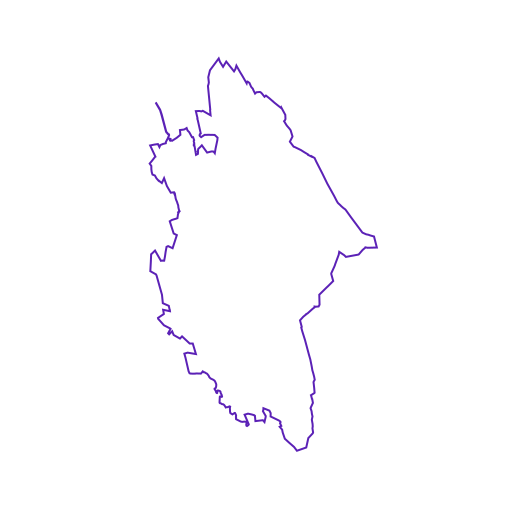 the district of Bārbeles pag., Vecumnieku, Latvia, rotated 65°
{"feature_id": "27541924B85355894177971", "entity_name": "Bārbeles pag.", "entity_type": "district", "adm_level": 2, "iso_a3": "LVA", "parent_name": "Latvia", "parent_adm1": "Vecumnieku", "projection": "natural_earth1", "projection_center": [24.603, 56.465], "detail": "fine", "context": "isolated", "style": "outline", "palette": "violet", "viewbox_px": 512, "rotation_deg": 65, "n_neighbors": 0, "source": "geoboundaries", "source_scale": "gbopen_adm2", "svg_char_len": 5970}
<svg xmlns="http://www.w3.org/2000/svg" viewBox="0 0 512 512"><g transform="rotate(65 256 256)"><path d="M358.8,349.7L359.2,349.8L360.4,349.6L361.0,349.5L362.8,349.7L363.4,349.6L363.7,349.4L363.8,349.2L363.7,349.0L363.5,348.9L362.2,348.1L361.9,347.9L361.7,347.7L361.8,347.3L362.3,346.7L362.8,346.1L363.2,345.8L363.8,345.6L364.3,345.6L365.0,345.9L365.3,345.9L365.9,345.9L367.2,345.8L368.2,346.0L369.1,346.2L369.2,346.4L369.1,346.8L368.2,347.7L368.1,347.9L368.3,348.3L373.2,350.9L373.7,351.0L374.1,350.9L374.2,350.7L374.5,350.3L374.6,350.2L375.9,349.4L376.2,348.9L376.5,348.4L377.6,347.8L378.8,347.6L380.5,347.4L380.5,346.9L381.0,345.6L381.1,343.5L381.6,343.1L382.7,343.9L386.3,345.4L387.6,345.6L389.6,344.3L389.2,341.7L389.4,341.4L391.2,341.3L392.3,341.5L393.5,342.3L393.8,342.4L394.2,342.4L394.8,342.8L395.5,343.0L399.7,339.7L400.6,338.4L400.8,337.7L401.1,336.8L401.4,336.1L401.7,335.6L402.2,335.1L402.7,334.9L403.0,335.0L403.4,335.2L404.7,336.1L405.7,336.4L405.9,336.3L406.3,336.0L406.2,335.5L406.1,334.7L405.7,333.8L405.5,333.7L395.0,333.4L395.5,329.9L397.7,327.0L399.4,325.0L399.7,325.0L400.3,324.5L405.4,326.3L407.7,319.2L410.1,318.5L408.4,317.2L406.3,315.5L405.2,314.8L399.6,315.3L398.6,314.4L397.1,313.6L401.8,309.2L404.6,309.1L407.6,310.6L414.6,304.9L415.5,304.3L416.6,303.9L417.0,304.0L417.7,304.9L420.7,304.9L420.8,306.7L424.4,305.7L427.3,306.4L433.8,307.1L439.1,304.9L445.2,302.2L449.8,301.2L450.8,291.4L443.1,285.5L440.7,279.5L440.0,278.8L436.1,277.7L434.4,276.6L432.1,275.7L428.0,274.6L425.3,272.6L422.9,272.1L420.1,271.2L417.1,270.9L416.6,270.5L413.2,266.5L409.4,265.5L409.1,265.7L408.9,265.6L405.5,265.0L405.4,265.0L404.9,261.1L404.7,260.7L400.4,259.1L394.7,257.2L394.1,256.7L393.0,255.1L389.9,254.3L386.0,253.6L383.3,253.2L379.7,252.2L372.7,250.5L367.6,249.7L352.9,247.1L343.9,245.9L339.9,245.2L339.6,244.5L332.9,243.3L331.0,238.8L330.0,234.9L329.9,234.9L329.8,233.5L327.8,227.0L327.3,224.7L326.5,224.3L327.3,223.1L327.5,222.5L328.2,220.6L327.0,219.0L317.8,215.0L315.9,209.6L314.3,205.1L313.9,203.8L311.3,196.6L304.0,195.4L303.4,195.0L298.9,189.7L297.7,188.4L296.8,187.6L289.8,180.5L287.4,178.8L292.6,175.7L294.8,174.9L298.0,162.6L298.0,162.2L295.6,156.9L294.9,154.4L294.7,153.5L294.4,153.2L295.7,151.4L299.4,142.9L288.2,140.8L285.7,143.7L284.2,145.2L282.9,147.0L280.1,149.4L279.7,149.7L260.7,153.6L252.2,155.2L251.3,155.5L249.5,156.5L246.8,157.7L245.8,158.0L242.9,159.2L242.2,159.4L240.1,159.6L234.7,159.8L220.6,160.8L209.2,161.0L196.0,161.5L191.9,161.5L189.2,163.4L189.5,163.6L186.3,166.1L186.0,165.9L182.0,168.6L179.0,170.5L173.8,174.7L173.7,174.8L172.8,175.7L166.7,177.0L163.3,172.6L163.1,172.4L156.7,171.5L155.0,171.8L150.7,173.0L145.7,173.6L145.2,172.4L144.4,171.5L144.3,171.4L140.5,169.8L132.1,170.3L132.5,170.7L125.3,174.3L118.8,177.2L114.8,179.2L115.3,181.0L111.1,182.0L109.8,182.5L109.0,183.1L107.8,186.4L108.4,188.2L104.5,188.3L102.9,188.2L101.5,188.7L100.3,188.9L96.4,188.8L94.7,189.7L94.2,190.1L94.2,190.4L95.6,191.5L86.3,192.3L82.9,192.7L75.2,193.3L78.1,195.9L79.4,197.9L67.2,200.8L70.6,205.9L64.7,206.6L61.2,206.3L68.2,219.2L73.8,223.7L78.8,225.4L80.2,226.4L81.6,227.7L104.0,235.6L104.2,235.9L109.3,237.7L101.9,242.9L101.9,244.3L100.6,246.1L99.3,249.3L106.5,250.8L106.8,251.2L108.4,251.4L121.6,254.3L121.8,255.3L122.7,256.1L123.4,256.2L125.1,255.5L124.5,251.4L126.2,247.6L128.8,242.3L132.5,240.8L134.7,242.1L141.5,247.2L145.4,249.9L144.4,250.1L143.1,250.7L142.4,252.3L141.6,256.6L132.8,258.3L133.6,260.3L134.5,263.0L135.0,263.4L136.1,264.1L136.3,264.4L136.6,264.7L137.1,264.5L138.9,265.5L139.0,267.6L130.6,265.3L129.6,265.7L129.4,265.6L130.0,265.3L127.4,264.2L126.3,264.1L125.5,263.9L124.9,263.1L121.7,262.8L121.3,263.8L115.5,264.2L113.3,265.0L110.7,264.8L111.0,267.4L110.8,268.3L109.7,271.7L114.2,273.3L115.4,278.0L116.1,283.3L115.8,283.5L115.5,284.2L115.3,284.3L115.1,284.5L115.3,285.0L115.2,285.1L114.9,285.2L114.7,285.1L114.3,284.4L114.1,284.2L113.8,284.0L113.3,284.5L113.2,285.2L113.0,285.4L112.6,285.6L112.3,285.7L111.8,285.7L109.8,283.7L109.2,283.5L108.7,283.6L108.5,283.9L108.0,284.2L106.8,284.4L106.5,284.5L106.2,284.8L105.3,284.8L88.2,281.7L83.3,281.1L82.5,281.1L74.9,281.9L74.6,282.1L83.3,281.3L88.2,282.0L105.3,285.0L106.3,284.9L106.7,284.6L108.1,284.4L108.3,284.2L108.6,284.0L108.8,283.8L109.0,283.7L109.6,283.7L111.6,285.6L111.7,285.8L112.3,285.8L112.2,286.0L112.5,286.8L114.6,289.5L115.7,290.1L115.1,293.2L115.1,294.3L115.0,295.8L116.5,297.5L113.1,297.6L112.0,301.3L111.1,305.2L123.4,305.2L123.4,305.4L125.8,310.1L127.3,313.3L130.1,312.8L132.1,313.7L133.2,314.2L135.7,315.0L138.3,315.4L138.5,315.4L140.2,313.7L140.5,313.6L143.5,313.4L146.6,312.5L147.0,312.3L146.9,312.1L150.1,310.5L146.6,306.4L154.9,307.2L162.6,306.5L163.6,303.4L165.0,303.7L167.2,303.8L167.1,303.7L170.0,304.5L171.9,304.7L173.2,304.7L174.3,304.8L175.4,305.0L176.2,305.0L177.5,305.2L179.1,305.8L181.0,306.2L182.4,306.5L183.1,306.3L183.4,306.9L183.3,307.9L182.7,308.4L184.1,307.9L185.1,309.0L188.5,311.2L188.4,312.8L188.1,314.6L187.8,317.0L188.1,319.5L200.8,321.1L203.6,318.9L213.7,328.3L209.9,331.5L209.9,333.2L214.1,336.2L217.8,338.6L221.3,341.1L221.1,341.3L221.0,341.7L221.1,342.1L220.6,342.7L220.6,343.0L220.4,343.3L220.3,343.7L220.2,344.2L208.4,345.2L209.6,348.6L210.1,350.3L216.7,353.7L225.1,358.2L230.4,354.4L231.8,354.4L251.4,357.6L254.0,358.5L259.4,360.4L264.3,356.1L268.3,357.0L268.5,356.9L269.7,357.3L265.5,362.9L269.6,364.0L270.7,371.0L271.6,371.2L279.9,368.7L285.3,364.5L285.9,364.2L288.9,368.3L290.3,367.8L288.8,363.8L292.8,364.0L298.7,359.8L297.6,357.0L307.3,353.1L308.6,350.3L319.5,351.9L314.7,358.8L314.2,362.2L318.4,362.9L332.0,365.8L334.2,365.8L334.9,365.0L336.2,362.5L337.1,360.3L337.1,360.0L339.3,355.6L338.1,353.0L339.1,352.7L339.5,351.9L340.0,351.5L340.6,351.2L342.0,350.1L343.1,349.8L344.5,349.5L346.2,349.5L347.8,348.9L348.7,348.2L349.6,347.4L350.8,346.6L351.7,346.2L352.9,346.1L355.0,346.2L355.6,346.3L357.0,347.0L357.7,347.5L358.5,348.2L358.6,348.6L358.7,349.6L358.8,349.7Z" fill="none" stroke="#5b21b6" stroke-width="2"/></g></svg>